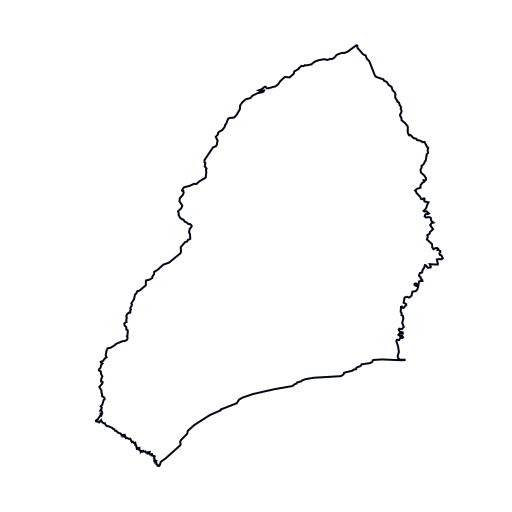 the district of Dibulla, La Guajira, Colombia, rotated 168°
{"feature_id": "7082276B97252339631603", "entity_name": "Dibulla", "entity_type": "district", "adm_level": 2, "iso_a3": "COL", "parent_name": "Colombia", "parent_adm1": "La Guajira", "projection": "albers", "projection_center": [-73.512, 11.083], "detail": "fine", "context": "isolated", "style": "outline", "palette": "ink", "viewbox_px": 512, "rotation_deg": 168, "n_neighbors": 0, "source": "geoboundaries", "source_scale": "gbopen_adm2", "svg_char_len": 5985}
<svg xmlns="http://www.w3.org/2000/svg" viewBox="0 0 512 512"><g transform="rotate(168 256 256)"><path d="M270.6,380.9L269.6,376.8L271.4,372.6L272.5,371.7L275.4,371.2L286.3,360.7L286.9,358.5L286.2,357.4L287.5,354.4L286.2,351.7L287.0,350.7L287.2,348.1L289.0,343.1L295.9,340.8L299.4,338.8L301.5,339.5L306.4,338.4L312.1,338.2L314.7,335.8L314.6,335.1L313.5,334.7L313.7,332.5L315.4,330.5L318.5,328.4L319.5,325.4L317.6,320.6L319.1,318.3L323.0,315.9L322.7,313.7L323.2,312.4L322.3,309.2L320.8,307.4L319.4,306.6L318.5,304.3L316.9,303.3L315.8,301.6L313.6,300.7L312.6,299.1L313.1,297.8L315.3,296.2L316.2,293.9L316.6,292.7L316.0,291.3L316.7,286.5L319.6,285.7L320.2,284.5L322.5,284.3L327.8,280.3L328.5,275.6L329.5,274.3L342.5,267.6L348.5,266.8L355.1,262.9L358.9,261.7L359.4,259.5L361.6,257.5L362.0,256.1L365.0,255.0L368.8,254.9L369.9,250.2L375.9,247.0L377.8,246.2L378.9,246.4L380.1,245.7L380.6,244.5L382.4,243.4L384.3,239.1L387.8,235.5L387.5,234.4L388.3,232.6L389.3,232.0L389.8,230.7L389.4,229.7L390.6,228.4L390.6,227.1L391.1,226.6L392.5,227.0L394.5,225.5L395.4,224.0L395.2,222.7L396.3,220.1L396.3,218.3L397.6,218.1L398.9,217.2L399.0,215.3L397.7,213.6L398.0,210.9L397.1,210.4L397.0,209.2L398.2,205.2L399.0,204.5L398.5,203.3L399.0,201.6L399.9,200.7L401.8,200.2L404.6,200.4L411.3,199.1L412.7,198.1L417.3,196.5L420.3,196.6L422.1,194.1L423.7,190.0L423.2,188.0L425.1,187.3L427.5,185.1L429.9,184.8L429.9,184.1L428.5,182.7L430.2,181.5L431.3,179.1L433.3,177.6L433.3,176.6L431.8,175.3L432.1,173.1L431.3,170.1L433.0,167.8L433.6,165.5L432.3,164.8L432.3,164.2L433.1,163.0L436.5,160.5L435.1,156.3L435.6,155.0L435.2,152.9L435.8,151.1L433.8,148.9L433.8,147.5L435.0,146.7L437.5,142.2L439.2,141.3L438.4,139.5L440.4,137.2L439.3,137.0L439.1,134.4L440.8,134.2L440.8,133.6L439.9,133.1L440.6,131.9L441.5,132.3L444.6,129.3L446.8,128.4L446.9,127.9L446.6,127.3L444.3,126.7L444.0,125.9L441.7,127.6L441.6,126.4L439.9,124.1L438.7,123.9L438.3,122.2L437.2,120.6L436.1,120.4L432.1,117.5L431.5,116.3L430.6,115.9L430.1,114.3L429.2,114.2L427.5,111.7L425.4,110.5L424.7,108.7L421.6,108.5L421.5,107.0L422.7,106.8L421.3,106.3L421.2,104.9L420.2,105.0L418.4,103.6L417.1,103.5L416.1,99.7L415.1,100.0L414.5,98.7L413.0,98.6L413.4,97.5L412.8,96.9L413.4,96.2L412.5,95.1L412.7,93.4L411.4,92.8L411.5,92.4L412.5,92.4L412.6,92.0L411.0,91.7L410.0,92.2L410.4,90.2L409.1,89.3L409.3,88.4L408.4,89.0L407.9,88.3L407.0,88.9L406.3,88.0L404.8,87.8L404.5,86.8L403.7,86.8L403.3,85.3L402.6,85.3L402.2,86.4L400.8,86.4L401.5,85.2L400.9,83.9L398.9,83.9L398.8,83.5L399.5,82.6L396.7,81.1L397.9,79.6L397.4,78.8L398.0,77.4L396.6,76.7L397.6,76.3L396.8,75.7L397.6,74.9L396.5,74.4L396.7,72.8L395.7,72.3L395.8,71.3L394.7,70.7L393.5,71.5L392.1,74.3L385.6,77.3L369.5,86.6L369.0,87.2L368.7,90.3L367.6,91.6L360.3,96.4L359.1,99.1L351.5,103.5L334.2,110.0L322.6,112.4L322.3,113.2L305.4,116.0L302.4,119.1L298.5,120.3L287.5,121.6L266.0,121.9L247.4,121.2L244.7,122.6L242.9,122.8L241.9,123.8L237.9,124.0L236.4,124.8L233.5,125.2L224.8,124.9L197.9,120.8L195.0,122.0L194.1,123.5L185.4,123.8L184.1,124.6L181.6,124.5L181.3,125.5L180.4,126.1L176.6,126.6L175.2,128.1L166.9,127.5L164.6,128.2L163.0,129.9L154.5,128.7L135.8,123.9L132.5,123.3L131.4,123.5L136.6,124.6L138.3,126.8L138.2,128.7L136.2,132.4L135.8,138.0L136.4,143.7L135.7,144.7L133.5,144.1L131.8,146.0L130.0,145.4L129.0,146.0L129.7,147.5L131.9,147.9L133.1,149.3L132.0,150.1L128.5,149.6L128.4,150.8L131.1,152.0L131.7,154.5L130.9,155.1L128.6,154.1L126.2,155.9L126.9,160.2L124.8,164.3L124.9,167.1L126.0,168.0L125.4,169.9L126.1,171.3L124.7,176.2L123.8,176.3L123.2,174.8L122.6,174.5L119.2,176.8L119.1,177.7L121.3,179.6L119.3,184.5L116.3,184.6L115.2,183.6L114.3,183.6L112.1,184.9L110.4,188.6L107.0,188.4L105.2,189.7L103.7,192.4L106.6,194.2L107.0,195.2L106.6,195.9L105.3,195.9L103.1,194.1L101.7,197.3L98.4,197.0L98.5,198.3L99.6,199.6L99.4,201.2L100.4,202.1L100.6,203.0L99.3,205.2L96.9,205.4L96.0,207.7L94.0,209.5L92.7,212.0L91.9,211.7L90.4,208.7L87.7,208.5L87.2,209.0L87.8,211.9L80.1,209.8L79.7,210.4L79.9,215.0L78.5,215.1L75.1,214.2L73.7,215.0L74.6,218.2L75.9,218.9L76.1,219.6L76.0,220.5L74.7,221.7L74.7,222.6L76.2,223.9L77.2,224.1L76.4,225.3L77.3,226.2L78.8,226.4L81.0,225.7L81.8,227.8L81.3,231.0L85.4,236.7L84.0,238.9L84.1,240.8L81.7,241.6L80.7,243.4L77.2,245.4L79.2,250.0L77.3,251.7L75.5,251.8L77.2,253.8L77.1,256.9L78.3,258.0L81.9,258.4L82.8,259.8L81.4,261.7L79.2,261.3L78.0,261.6L79.9,264.3L82.1,264.6L82.7,265.2L79.6,267.4L77.8,270.7L76.1,272.6L79.8,274.3L80.0,275.3L79.2,276.7L79.7,277.5L81.8,277.0L82.6,277.4L83.3,280.1L86.0,284.4L86.0,285.7L86.8,287.0L84.6,288.2L80.8,288.6L80.4,290.9L78.1,293.0L76.4,293.4L76.3,295.3L74.7,294.6L73.8,295.3L73.6,296.9L74.7,299.8L77.3,303.3L77.1,306.3L75.5,308.2L75.3,309.9L73.9,310.3L72.0,311.9L71.3,313.3L70.1,314.1L67.9,319.9L66.3,321.1L66.1,324.0L65.1,325.9L66.1,327.4L67.4,332.5L69.2,332.6L71.4,334.7L74.2,335.8L75.0,337.5L77.4,338.5L79.7,342.2L80.6,342.6L81.0,342.2L81.5,342.9L81.9,345.4L80.6,351.0L82.4,354.8L85.4,358.6L85.1,360.1L85.5,362.5L85.9,362.8L85.7,364.3L83.8,366.6L83.4,368.2L83.9,369.8L83.1,371.3L84.1,373.9L84.2,376.2L85.7,377.5L85.5,378.5L86.8,381.5L86.6,383.9L85.9,385.1L86.3,387.3L88.0,389.9L88.2,393.1L90.8,395.9L91.9,399.0L94.5,401.0L94.6,402.2L101.2,406.2L102.1,407.5L104.7,423.0L106.7,426.2L107.0,429.3L109.2,430.9L113.5,438.5L113.2,440.8L113.9,441.3L124.2,436.7L127.7,436.2L128.9,436.7L132.0,436.6L135.4,435.9L138.4,433.5L140.9,432.9L142.6,433.3L145.4,432.9L148.1,434.3L153.9,434.5L158.2,433.9L162.2,431.9L167.5,432.0L168.4,432.5L170.1,431.8L171.9,432.5L174.9,430.9L175.1,430.3L180.3,428.5L181.1,426.5L186.0,423.7L190.6,425.1L195.9,422.0L198.8,419.2L201.7,417.9L209.6,417.5L210.6,417.9L211.4,419.5L212.4,419.7L215.5,418.0L219.0,417.5L218.0,416.8L213.7,416.2L214.4,415.3L215.7,414.9L220.9,414.9L226.2,413.5L228.7,411.6L233.2,411.5L237.3,409.3L240.2,406.6L241.2,403.0L245.8,397.9L248.6,396.0L253.1,396.5L254.8,396.0L257.7,391.5L259.0,390.6L259.8,388.8L262.7,386.3L266.4,385.1L267.6,384.2L268.0,382.8L270.6,380.9Z" fill="none" stroke="#020617" stroke-width="2"/></g></svg>